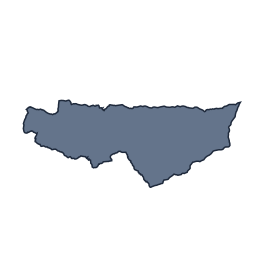 outline of Costesti, Vâlcea, Romania, rotated 104°
{"feature_id": "2599482B34648499423542", "entity_name": "Costesti", "entity_type": "district", "adm_level": 2, "iso_a3": "ROU", "parent_name": "Romania", "parent_adm1": "Vâlcea", "projection": "mercator", "projection_center": [24.049, 45.22], "detail": "fine", "context": "isolated", "style": "filled", "palette": "slate", "viewbox_px": 256, "rotation_deg": 104, "n_neighbors": 0, "source": "geoboundaries", "source_scale": "gbopen_adm2", "svg_char_len": 5932}
<svg xmlns="http://www.w3.org/2000/svg" viewBox="0 0 256 256"><g transform="rotate(104 128 128)"><path d="M154.0,229.4L154.2,229.1L154.5,229.1L156.7,228.0L157.4,227.2L157.6,226.5L157.5,225.3L157.1,224.5L156.3,224.2L156.3,223.4L155.1,222.3L154.5,221.1L154.2,221.1L154.2,219.6L154.7,219.0L155.0,218.4L154.9,217.9L155.3,216.3L155.3,215.7L155.7,215.2L155.4,215.0L156.9,215.0L159.5,215.8L160.4,215.7L160.2,215.4L160.4,215.0L160.9,214.8L161.8,215.0L162.3,214.8L162.5,215.0L163.7,214.8L164.0,213.6L165.0,212.1L165.0,211.2L165.3,210.6L165.2,209.3L166.3,208.6L166.8,207.8L165.8,205.4L166.3,203.5L166.3,202.8L165.8,202.1L166.1,201.3L166.4,201.1L166.4,199.8L166.7,197.9L167.4,196.9L167.4,196.5L167.0,195.4L166.5,194.8L166.1,193.0L166.4,192.0L166.9,191.3L167.2,190.5L167.1,189.2L167.6,188.0L167.4,187.5L167.5,186.7L167.3,186.4L167.7,186.0L167.8,185.2L168.4,184.2L169.5,183.5L170.0,182.8L170.3,180.8L170.9,180.1L171.3,178.9L170.0,177.5L169.8,177.1L170.6,175.8L171.2,175.5L171.1,174.8L170.5,173.1L171.0,172.1L170.8,171.5L170.2,170.3L168.6,168.8L167.9,168.5L167.7,167.8L166.6,167.1L166.5,166.3L166.6,165.5L166.4,165.1L166.4,163.7L166.1,162.5L166.9,161.4L166.6,161.0L167.0,160.9L166.3,160.2L167.3,160.3L167.4,160.5L167.9,159.8L167.6,158.4L168.6,158.5L168.7,158.2L168.1,157.6L168.3,157.3L168.3,156.6L171.3,155.5L171.7,154.8L172.0,154.4L173.9,153.4L174.4,153.4L175.0,151.9L174.6,151.2L174.2,149.8L174.0,149.3L173.0,148.4L171.4,147.9L170.1,147.7L170.0,146.9L169.4,146.7L169.1,146.3L168.8,145.1L167.9,144.2L166.8,143.8L165.5,140.1L165.2,138.8L164.6,138.1L164.5,137.6L163.7,135.9L162.7,136.4L162.6,136.2L162.2,136.5L161.9,137.2L161.0,137.9L160.2,138.2L159.4,138.2L158.3,137.7L156.9,136.2L156.4,135.7L156.3,134.8L155.4,134.3L155.2,133.6L154.6,132.6L154.1,132.1L153.3,131.8L152.8,131.1L152.8,130.8L152.5,129.9L152.6,129.4L152.9,129.1L153.0,127.7L152.1,124.2L153.7,122.8L154.1,122.1L154.5,122.1L155.2,121.7L156.1,121.4L156.1,121.1L156.5,121.2L157.1,120.9L157.3,120.3L158.0,119.9L158.9,118.7L159.0,117.7L159.2,117.4L159.8,117.1L160.2,117.3L162.1,115.0L163.0,114.6L163.5,114.0L163.7,113.3L164.5,112.8L165.8,112.3L166.3,111.9L166.8,111.2L166.7,110.4L167.1,109.9L167.2,107.8L167.6,107.5L168.3,107.4L168.5,106.9L168.8,106.8L168.8,106.4L169.6,105.9L169.5,105.6L169.7,105.0L170.0,104.7L169.7,104.5L170.4,103.8L170.2,102.9L171.4,102.0L171.9,101.2L172.4,101.0L173.4,100.4L174.0,100.2L174.3,99.6L174.8,99.3L174.7,99.0L174.9,98.6L175.3,98.3L175.3,97.9L175.8,97.6L175.5,96.9L175.8,96.9L175.8,96.4L176.1,96.1L176.0,95.9L176.3,95.5L176.4,95.0L177.3,94.1L178.9,93.5L179.2,93.1L179.7,92.8L180.1,92.0L179.9,91.4L179.3,90.8L177.4,88.1L176.5,86.1L175.8,85.3L174.6,83.2L174.1,82.7L173.5,81.3L172.7,80.8L171.7,81.0L169.9,80.6L169.6,80.3L169.5,79.6L169.2,79.1L168.6,77.6L168.2,76.9L167.8,76.5L166.1,75.8L163.2,73.2L161.7,72.3L161.6,71.8L161.8,70.9L161.6,69.3L161.8,68.7L161.6,67.8L160.3,65.1L159.6,64.9L158.9,64.3L158.6,63.6L158.5,62.3L157.7,61.4L156.7,59.9L155.4,59.8L153.7,58.9L153.2,58.4L152.1,58.0L149.8,58.6L148.9,58.5L148.4,58.1L145.5,56.9L145.2,56.0L144.5,55.0L143.7,53.4L143.3,51.9L143.2,50.9L143.3,50.3L143.1,49.9L142.0,48.9L140.5,46.8L138.5,46.0L136.9,45.0L135.8,44.0L134.6,42.5L132.8,41.1L129.9,39.8L129.1,38.7L127.1,34.5L126.7,32.6L126.1,31.3L125.5,30.6L124.7,30.4L122.9,29.0L122.1,26.1L121.5,25.4L120.3,24.9L119.9,25.0L118.0,25.6L117.3,26.2L115.6,26.8L112.6,28.6L110.1,28.9L108.6,29.4L106.8,28.9L105.7,29.0L104.5,29.5L103.3,30.4L102.7,30.5L101.7,30.2L100.6,29.3L99.5,29.0L98.0,29.3L96.4,29.0L91.2,26.8L88.4,27.1L86.1,27.0L84.9,26.6L81.2,26.4L80.2,26.0L77.9,25.8L75.9,25.2L77.2,27.6L79.4,29.3L79.4,30.5L80.7,35.5L82.9,37.8L83.7,39.6L85.9,41.3L86.1,41.2L86.5,42.9L87.5,45.4L87.5,46.8L87.9,47.5L88.1,48.2L88.9,49.0L89.0,50.6L89.8,51.7L89.8,52.8L90.6,53.8L90.8,55.2L91.5,56.4L93.1,57.0L93.6,57.7L92.8,59.3L92.5,60.2L92.1,63.2L91.2,65.7L91.2,66.6L91.5,67.9L91.8,68.4L92.9,69.3L93.3,70.2L93.6,72.9L93.7,74.0L93.5,74.8L93.7,75.2L93.7,76.0L93.7,76.4L93.3,77.1L93.3,79.5L93.4,80.1L94.0,81.4L94.7,82.4L94.7,84.6L94.5,85.0L94.6,85.4L95.5,86.4L96.6,87.5L96.6,89.6L97.0,90.8L97.8,92.3L98.4,95.7L98.1,97.5L98.1,98.3L99.7,101.7L101.0,103.9L101.2,105.6L101.2,107.2L101.5,107.9L101.6,108.6L102.7,109.6L102.9,110.1L103.1,111.9L103.1,112.9L102.7,114.3L102.5,116.4L102.9,117.8L103.6,118.6L103.6,121.2L105.3,123.9L105.7,125.2L105.8,126.3L106.2,127.5L107.6,127.9L108.2,128.8L108.2,130.2L108.6,130.9L108.7,131.6L108.3,132.5L108.4,133.3L108.0,134.5L107.8,136.5L107.0,138.4L106.8,139.3L109.4,145.7L109.3,146.6L109.4,147.2L109.7,147.7L109.6,148.5L109.7,149.0L109.8,151.0L110.0,151.4L110.3,151.7L111.1,151.6L111.5,152.3L112.4,153.0L114.5,153.9L115.5,155.2L116.4,155.5L116.7,155.2L116.9,155.3L116.9,155.7L116.3,156.4L116.4,156.9L115.8,157.7L115.4,157.9L115.2,157.4L114.7,157.3L115.1,157.8L114.8,158.4L115.0,158.7L115.0,159.2L115.4,160.5L113.6,161.5L113.0,162.4L113.6,163.4L113.7,164.4L114.4,164.5L114.8,165.2L114.8,165.7L114.4,167.0L114.4,167.5L115.0,168.1L115.3,169.1L116.2,169.8L116.4,170.1L116.6,171.9L115.9,173.4L115.7,175.4L115.9,176.2L116.6,177.3L117.2,178.7L117.3,182.7L117.0,184.0L117.2,185.3L117.6,186.0L117.6,186.7L118.9,188.6L118.0,189.3L117.4,189.4L116.9,189.8L115.6,191.3L115.3,192.1L116.1,193.7L116.9,194.8L117.0,197.5L117.4,199.5L118.3,201.5L122.4,201.0L124.6,200.5L126.2,200.6L126.8,200.3L127.2,200.4L128.0,199.9L128.9,200.3L129.2,200.0L131.6,201.9L132.0,202.3L132.1,203.2L133.2,204.3L133.0,205.8L133.3,207.0L133.1,209.1L132.5,211.3L132.0,212.0L131.7,213.1L131.2,213.9L131.1,214.5L131.2,215.2L131.0,215.8L131.2,216.2L130.8,217.3L131.8,219.0L131.8,220.3L132.1,220.8L132.2,221.7L132.1,222.6L131.9,223.1L131.8,224.1L131.5,225.1L131.4,227.2L131.2,227.1L131.1,227.9L131.3,228.4L131.7,228.4L132.0,229.4L132.5,229.7L133.0,229.8L133.2,230.3L134.0,230.6L134.6,231.1L135.2,230.0L136.3,229.6L137.0,228.8L137.6,228.5L138.5,229.1L140.4,229.5L140.8,229.8L142.9,229.7L144.9,230.2L148.6,230.5L149.2,230.5L150.2,229.7L154.0,229.4Z" fill="#64748b" stroke="#1e293b" stroke-width="1.5"/></g></svg>